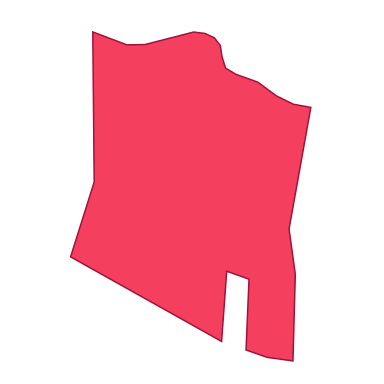 the state/province of Tuamasaga, rotated 185°
{"feature_id": "WSM-4984", "entity_name": "Tuamasaga", "entity_type": "state/province", "adm_level": 1, "iso_a3": "WSM", "parent_name": "Samoa", "parent_adm1": "", "projection": "natural_earth1", "projection_center": [-171.78, -13.929], "detail": "fine", "context": "isolated", "style": "filled", "palette": "rose", "viewbox_px": 384, "rotation_deg": 185, "n_neighbors": 0, "source": "natural_earth", "source_scale": "10m", "svg_char_len": 472}
<svg xmlns="http://www.w3.org/2000/svg" viewBox="0 0 384 384"><g transform="rotate(185 192 192)"><path d="M149.5,45.7L307.3,116.8L290.3,193.4L304.8,342.8L269.7,332.9L251.8,334.8L204.3,351.5L192.9,351.1L183.1,347.5L176.5,340.3L173.9,329.4L169.3,318.3L158.3,313.0L136.1,307.2L116.3,295.1L98.8,288.3L81.0,286.6L87.8,211.0L92.1,163.7L81.9,119.0L76.7,32.5L102.6,33.8L124.4,39.3L127.6,110.1L150.5,116.1L149.5,45.7Z" fill="#f43f5e" stroke="#9f1239" stroke-width="1.5"/></g></svg>